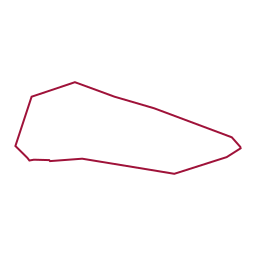 outline of Southend-on-Sea
{"feature_id": "GBR-2679", "entity_name": "Southend-on-Sea", "entity_type": "Unitary Authority", "adm_level": 1, "iso_a3": "GBR", "parent_name": "United Kingdom", "parent_adm1": "", "projection": "orthographic", "projection_center": [0.723, 51.553], "detail": "fine", "context": "isolated", "style": "outline", "palette": "rose", "viewbox_px": 256, "rotation_deg": 0, "n_neighbors": 0, "source": "natural_earth", "source_scale": "10m", "svg_char_len": 319}
<svg xmlns="http://www.w3.org/2000/svg" viewBox="0 0 256 256"><path d="M240.6,148.3L226.7,157.1L174.3,173.8L82.2,158.7L50.0,161.1L49.2,160.1L33.9,159.7L29.4,160.5L27.4,157.9L15.4,146.0L31.6,96.7L74.9,82.2L114.5,96.7L154.2,108.3L231.8,137.3L240.3,146.9L240.6,148.3Z" fill="none" stroke="#9f1239" stroke-width="2"/></svg>